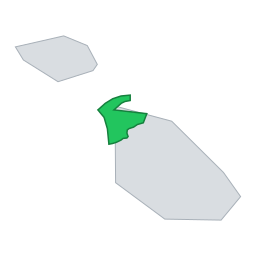 Mellieħa on a map of Malta (orthographic projection)
{"feature_id": "MLT-5925", "entity_name": "Mellieħa", "entity_type": "state/province", "adm_level": 1, "iso_a3": "MLT", "parent_name": "Malta", "parent_adm1": "", "projection": "orthographic", "projection_center": [14.362, 35.96], "detail": "fine", "context": "in_parent", "style": "filled", "palette": "green", "viewbox_px": 256, "rotation_deg": 0, "n_neighbors": 0, "source": "natural_earth", "source_scale": "10m", "svg_char_len": 679}
<svg xmlns="http://www.w3.org/2000/svg" viewBox="0 0 256 256"><path d="M240.6,196.6L221.1,220.1L164.8,219.1L115.6,182.7L115.0,106.1L171.7,121.2L223.5,172.5L240.6,196.6ZM93.0,70.6L58.0,81.7L23.4,60.0L15.4,46.9L63.7,35.9L87.3,45.6L97.3,64.4L93.0,70.6Z" fill="#d9dde1" stroke="#a8b0b8" stroke-width="1"/><path d="M108.9,144.2L107.4,128.8L104.1,117.4L97.9,109.9L105.3,103.3L112.8,98.7L121.0,96.0L130.2,95.1L130.2,100.5L124.9,101.5L121.4,103.2L113.9,109.9L146.8,113.7L143.3,122.8L137.4,124.5L133.6,127.1L129.0,128.6L127.3,129.9L126.9,133.1L128.1,136.5L126.9,138.0L123.1,138.4L121.0,140.1L116.4,142.3L112.6,143.5L108.9,144.2Z" fill="#22c55e" stroke="#15803d" stroke-width="1.5"/></svg>